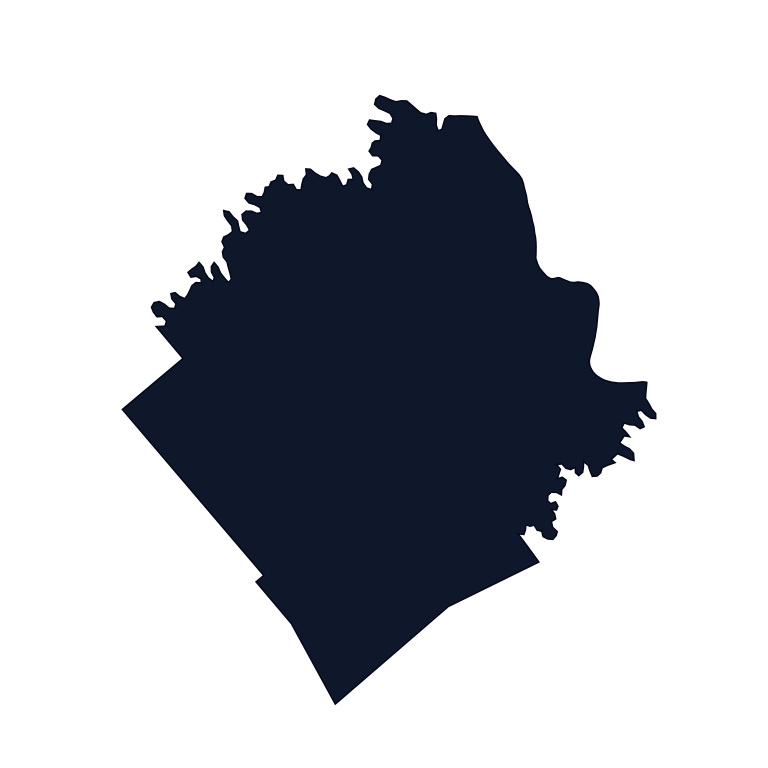 the district of El Dorado, Misiones, Argentina, rotated 140°
{"feature_id": "61730980B34474057540122", "entity_name": "El Dorado", "entity_type": "district", "adm_level": 2, "iso_a3": "ARG", "parent_name": "Argentina", "parent_adm1": "Misiones", "projection": "equal_earth", "projection_center": [-54.53, -26.321], "detail": "fine", "context": "isolated", "style": "filled", "palette": "ink", "viewbox_px": 768, "rotation_deg": 140, "n_neighbors": 0, "source": "geoboundaries", "source_scale": "gbopen_adm2", "svg_char_len": 5475}
<svg xmlns="http://www.w3.org/2000/svg" viewBox="0 0 768 768"><g transform="rotate(140 384 384)"><path d="M521.6,574.4L521.6,532.8L525.1,532.8L526.5,532.8L600.8,532.7L599.8,394.9L599.3,326.9L599.2,314.7L609.2,314.7L609.0,259.9L625.3,178.9L627.1,170.1L477.8,172.2L379.8,148.1L379.4,153.9L378.5,166.8L377.5,183.1L373.6,178.8L369.4,181.3L365.8,185.0L363.6,181.2L359.9,179.4L359.7,179.3L360.5,174.4L360.6,173.5L358.6,170.8L357.8,169.7L359.5,166.4L360.2,164.8L358.2,160.1L354.5,156.4L349.6,157.2L346.2,159.5L346.9,165.8L344.2,171.0L339.2,170.3L336.8,174.8L336.5,180.4L332.9,176.6L329.3,178.5L328.4,183.5L330.5,184.3L333.2,185.2L333.7,189.5L332.0,191.2L330.0,193.3L325.5,193.6L321.4,190.0L319.4,185.0L315.6,189.0L310.6,189.9L306.2,193.2L307.1,197.0L307.3,197.9L312.0,200.0L310.0,201.3L307.9,202.6L303.6,205.3L303.6,206.5L303.5,209.5L303.5,211.3L299.3,208.6L299.1,208.4L298.8,202.4L298.4,201.8L296.0,198.5L292.4,197.5L291.2,197.1L294.4,192.9L294.2,191.9L293.7,188.6L288.5,188.7L284.5,192.3L281.1,196.3L280.9,195.3L279.8,190.5L282.0,185.1L282.2,184.5L283.8,179.3L279.8,176.5L275.2,176.7L270.8,179.6L265.7,178.3L261.5,176.7L257.5,175.2L258.3,180.1L258.1,180.2L254.5,180.3L250.5,180.5L250.0,180.6L247.3,175.4L247.1,175.2L244.1,168.4L243.9,167.9L243.3,167.0L241.7,164.6L237.4,170.5L237.4,171.3L237.7,176.6L239.8,181.7L241.4,187.4L240.1,187.8L237.8,188.5L233.8,189.8L233.4,189.9L232.8,189.2L229.7,185.6L229.6,191.6L230.0,197.6L226.3,199.2L225.1,199.8L223.7,197.5L222.1,195.0L219.4,192.4L218.2,191.2L216.7,186.1L216.5,185.2L212.2,184.0L210.4,189.3L210.2,195.5L207.9,200.6L207.3,200.3L203.7,198.5L203.3,192.3L201.8,186.8L201.6,186.4L198.1,182.8L194.9,186.7L195.0,192.8L193.7,198.8L192.9,204.9L191.1,206.8L190.4,207.6L182.3,215.6L181.8,216.1L181.6,216.4L184.3,219.3L191.6,224.3L192.9,225.4L199.6,230.6L203.7,234.0L203.9,234.2L204.4,234.7L207.8,238.4L208.4,239.0L212.1,244.2L213.8,247.7L214.7,250.3L215.7,253.7L216.0,256.1L216.1,259.0L215.7,261.6L215.0,264.3L214.2,266.3L212.9,268.4L211.4,270.2L208.6,272.4L201.5,277.2L192.4,284.1L184.2,291.2L173.2,302.1L168.0,306.9L166.6,308.8L165.5,310.4L163.9,313.2L163.1,315.5L162.6,317.7L162.4,319.9L162.4,320.8L162.4,322.1L162.4,325.5L162.8,327.7L164.0,330.5L166.0,333.3L168.8,336.4L169.7,337.4L173.1,339.5L173.3,339.7L175.9,342.2L177.2,344.7L178.5,347.0L179.9,349.9L180.1,350.3L181.2,352.4L182.3,353.6L183.7,354.3L184.9,354.9L186.3,355.6L186.8,355.9L187.6,356.6L188.7,357.7L189.2,358.9L189.7,360.4L190.2,362.5L190.3,366.2L190.4,368.9L190.3,372.8L189.8,374.7L189.1,377.4L186.9,382.8L183.5,386.5L179.1,391.6L176.5,394.9L173.7,398.9L171.8,402.4L168.0,408.4L165.5,413.7L163.1,418.0L161.2,422.3L159.6,426.4L157.6,430.7L153.9,436.7L150.4,444.1L148.4,448.0L147.4,450.3L146.6,452.7L146.4,454.7L146.1,457.5L146.2,460.2L146.8,468.1L147.1,473.7L147.1,481.1L147.1,489.9L146.9,497.3L146.4,504.4L145.9,509.4L145.2,514.3L142.9,523.4L141.4,527.8L140.9,529.0L142.0,530.1L143.0,531.1L148.1,535.9L150.7,538.2L153.3,540.5L157.6,543.8L161.7,547.7L166.4,548.0L166.8,548.0L171.3,545.0L175.9,541.9L179.8,543.2L179.3,544.5L177.5,549.0L173.6,553.1L170.4,558.1L171.2,559.0L173.5,561.7L178.4,563.4L180.3,566.3L181.6,568.1L182.7,574.2L182.7,574.3L183.6,580.4L184.6,586.2L188.7,589.8L193.4,592.5L193.5,592.6L196.4,597.4L198.9,602.7L201.6,607.2L201.9,607.7L207.1,607.5L211.4,604.3L211.2,602.6L210.7,598.4L208.0,593.1L205.5,587.7L205.4,587.6L206.3,581.7L210.6,578.8L214.8,582.0L217.7,587.2L221.6,591.3L225.4,595.5L229.8,593.4L230.0,587.7L228.6,581.7L227.9,579.9L226.6,576.7L230.2,572.9L234.8,576.0L238.2,576.0L241.6,573.4L245.7,572.0L245.8,569.4L246.0,566.2L242.9,563.5L241.7,562.4L241.6,556.6L245.9,553.5L250.8,554.9L255.6,556.3L260.4,554.2L264.2,550.7L264.4,544.4L268.6,540.9L271.4,545.5L271.2,546.7L270.8,551.6L268.0,556.9L267.3,563.0L268.4,569.1L270.5,570.1L272.9,571.3L273.6,565.3L276.0,560.5L280.0,563.7L284.6,560.5L288.6,562.1L287.2,567.8L287.1,568.1L285.9,574.3L288.0,578.6L288.3,579.3L291.9,578.5L295.8,579.2L296.7,580.5L296.9,580.8L299.2,584.1L301.2,589.7L302.3,595.8L305.6,599.0L309.0,594.0L314.0,593.0L318.4,589.8L322.7,586.1L326.3,589.1L325.6,592.9L325.2,595.2L328.5,597.6L329.5,598.4L330.4,603.9L328.7,606.8L327.5,608.8L331.2,612.1L335.8,609.8L336.0,609.7L340.7,611.4L345.1,608.9L348.5,611.0L352.4,607.8L356.9,605.7L360.9,609.2L362.8,614.4L363.0,615.0L363.5,615.4L366.8,618.3L371.1,615.6L371.1,612.5L371.0,609.4L368.9,606.2L367.8,604.6L365.5,598.9L367.6,594.1L371.7,596.4L374.5,601.7L378.6,605.1L383.8,605.1L386.9,600.4L386.9,594.2L388.1,588.2L393.2,588.3L396.4,593.1L396.1,593.9L394.2,597.9L391.4,603.1L392.2,609.3L392.0,615.5L394.8,619.2L395.3,619.9L398.1,615.5L398.8,609.3L399.0,603.1L402.0,598.2L407.2,598.3L412.3,599.6L416.6,597.2L418.3,591.2L422.8,589.1L425.5,584.6L425.6,583.1L425.6,582.3L425.8,578.4L428.5,573.0L430.9,567.5L433.7,562.3L437.9,561.8L438.0,564.6L438.1,568.2L437.8,574.4L436.0,580.2L436.0,582.9L436.0,586.3L440.8,584.9L444.3,580.5L445.5,574.6L449.1,572.3L449.8,575.5L450.4,578.1L449.7,584.3L447.5,589.8L447.5,596.0L449.5,595.6L452.5,595.0L457.6,595.5L462.4,595.5L463.1,590.8L463.2,589.9L461.4,588.8L458.6,587.2L456.6,582.1L458.9,578.8L463.0,582.7L468.2,582.7L472.2,580.7L472.4,580.6L476.9,578.6L481.7,577.3L484.2,582.4L484.3,582.7L485.3,588.3L485.7,588.5L489.2,590.2L491.8,585.5L491.8,579.2L495.8,576.4L499.8,580.1L500.6,584.1L500.9,586.1L503.1,591.6L504.2,592.2L507.8,594.1L512.8,592.3L514.5,587.0L514.7,582.0L514.7,581.4L514.2,581.0L510.4,578.3L510.2,572.0L514.6,569.1L521.6,574.4Z" fill="#0f172a" stroke="#020617" stroke-width="1.5"/></g></svg>